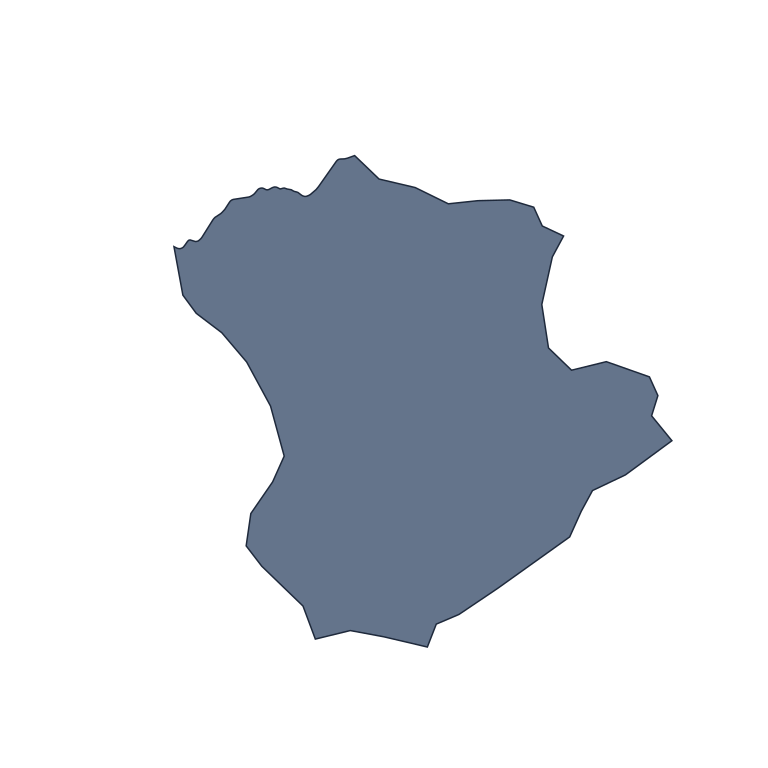 the border of Haute Matsiatra, rotated 44°
{"feature_id": "MDG-5873", "entity_name": "Haute Matsiatra", "entity_type": "Autonomous Province", "adm_level": 1, "iso_a3": "MDG", "parent_name": "Madagascar", "parent_adm1": "", "projection": "natural_earth1", "projection_center": [46.02, -21.511], "detail": "fine", "context": "isolated", "style": "filled", "palette": "slate", "viewbox_px": 768, "rotation_deg": 44, "n_neighbors": 0, "source": "natural_earth", "source_scale": "10m", "svg_char_len": 1538}
<svg xmlns="http://www.w3.org/2000/svg" viewBox="0 0 768 768"><g transform="rotate(44 384 384)"><path d="M199.9,463.6L177.6,459.8L137.5,431.1L140.4,430.2L141.7,429.6L142.8,428.8L143.7,427.7L144.3,426.3L144.6,424.8L144.2,421.5L143.7,418.5L143.6,417.4L143.7,416.2L144.4,415.1L149.4,412.5L150.3,411.4L151.0,410.1L151.2,408.4L151.3,406.6L151.1,404.8L146.9,384.9L146.7,383.2L146.7,381.5L148.2,374.8L148.3,372.9L148.2,369.0L146.6,360.8L146.4,359.1L146.7,357.3L147.3,356.0L156.8,343.5L157.5,342.2L158.0,340.6L158.4,338.9L158.6,337.1L158.2,331.7L158.5,330.1L159.3,328.7L160.2,327.7L161.4,327.0L164.3,326.1L165.3,325.3L166.1,324.0L167.1,320.8L167.7,319.4L168.5,318.2L169.6,317.3L170.9,316.7L172.4,316.3L173.8,315.8L174.6,314.6L175.4,313.2L176.3,312.2L178.9,311.0L182.3,308.7L185.2,308.0L186.5,307.3L187.7,306.6L189.0,306.0L193.9,305.4L195.3,304.9L196.6,304.2L197.6,303.2L198.3,301.9L198.9,300.5L199.4,298.8L200.1,291.3L199.8,287.6L195.0,256.9L195.0,255.1L195.5,253.6L196.3,252.5L199.2,249.5L200.8,247.0L204.2,240.1L238.1,240.0L270.0,221.0L305.1,209.7L324.2,186.9L346.6,164.2L368.9,152.8L388.1,160.4L410.4,152.8L416.8,175.6L442.3,217.2L477.3,243.8L509.3,243.8L528.4,213.5L570.0,194.5L589.1,202.1L598.6,221.0L630.5,224.8L620.8,281.7L608.0,315.8L614.3,338.5L623.8,365.0L607.7,452.2L598.0,497.7L588.4,520.4L597.9,543.1L559.6,565.9L531.0,584.8L511.8,615.2L480.0,600.0L454.5,600.0L422.7,600.0L397.3,596.2L378.2,569.7L371.9,531.8L362.3,505.2L317.7,478.7L270.0,463.6L231.7,459.8L199.9,463.6Z" fill="#64748b" stroke="#1e293b" stroke-width="1.5"/></g></svg>